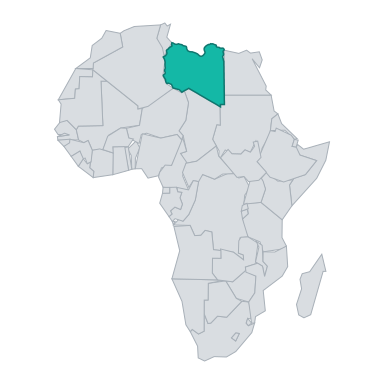 Libya highlighted on a map of Africa
{"feature_id": "LBY", "entity_name": "Libya", "entity_type": "country or territory", "adm_level": 0, "iso_a3": "LBY", "parent_name": "Africa", "parent_adm1": "", "projection": "natural_earth1", "projection_center": [17.634, 26.339], "detail": "fine", "context": "in_parent", "style": "filled", "palette": "teal", "viewbox_px": 384, "rotation_deg": 0, "n_neighbors": 49, "source": "natural_earth", "source_scale": "50m", "svg_char_len": 12693}
<svg xmlns="http://www.w3.org/2000/svg" viewBox="0 0 384 384"><path d="M261.0,202.4L282.2,219.8L282.0,237.6L286.4,246.1L283.1,248.9L263.2,251.8L260.0,241.9L248.0,236.9L243.6,228.4L242.5,219.0L248.2,213.7L246.9,203.3L261.0,202.4Z" fill="#d9dde1" stroke="#a8b0b8" stroke-width="1"/><path d="M92.9,69.8L92.5,76.9L79.7,76.6L79.1,88.7L75.4,89.1L74.7,98.3L58.3,99.8L75.8,68.5L92.9,69.8Z" fill="#d9dde1" stroke="#a8b0b8" stroke-width="1"/><path d="M242.5,219.0L248.0,236.9L240.0,237.8L238.4,253.1L243.3,254.9L243.6,259.9L233.5,252.2L213.5,249.7L211.8,232.0L205.2,230.4L200.9,235.3L194.7,235.6L190.1,225.4L173.4,225.0L179.1,219.0L183.0,221.2L188.8,214.5L195.3,200.0L199.0,178.4L202.7,174.5L214.6,179.2L227.6,173.5L234.6,173.6L238.8,178.0L244.0,176.5L249.9,187.7L244.7,195.2L242.5,219.0Z" fill="#d9dde1" stroke="#a8b0b8" stroke-width="1"/><path d="M291.9,205.8L289.5,185.0L294.0,178.2L305.4,174.6L316.6,160.6L300.0,155.1L295.3,148.6L297.6,144.5L303.6,149.2L329.5,141.8L325.8,160.3L316.7,178.3L291.9,205.8Z" fill="#d9dde1" stroke="#a8b0b8" stroke-width="1"/><path d="M282.2,219.8L261.0,202.4L265.5,189.1L261.3,178.2L266.5,172.3L277.9,181.2L293.0,179.7L289.5,185.0L291.9,205.8L282.2,219.8Z" fill="#d9dde1" stroke="#a8b0b8" stroke-width="1"/><path d="M223.2,159.6L220.1,157.5L218.7,156.2L219.1,150.9L212.6,139.2L216.8,124.7L220.3,125.1L219.9,104.5L224.5,104.5L224.4,95.1L271.1,95.1L274.1,111.0L277.9,113.9L271.8,118.8L269.9,134.6L262.0,148.4L261.0,157.4L255.9,140.8L250.4,152.2L245.0,149.9L240.9,154.1L232.0,153.8L225.2,150.0L220.5,157.8L223.2,159.6Z" fill="#d9dde1" stroke="#a8b0b8" stroke-width="1"/><path d="M219.9,106.5L220.3,125.1L216.8,124.7L212.6,139.2L216.3,146.0L196.7,161.2L185.9,163.3L180.5,153.4L186.6,151.4L183.2,135.7L179.0,130.9L185.8,120.3L188.5,102.7L184.4,91.1L188.4,88.5L219.9,106.5Z" fill="#d9dde1" stroke="#a8b0b8" stroke-width="1"/><path d="M190.3,331.7L192.2,329.4L198.5,334.0L204.1,331.2L204.2,313.8L208.0,323.5L210.8,323.1L217.5,316.2L226.7,317.2L241.8,301.3L248.7,302.0L251.4,312.0L250.8,318.9L247.7,318.4L246.2,323.1L248.4,325.7L254.6,323.1L251.8,332.6L235.8,351.5L226.4,357.0L214.2,356.6L204.6,361.0L198.2,357.9L197.6,346.2L190.3,331.7ZM239.3,333.5L235.8,333.0L231.5,337.9L235.7,341.0L239.3,333.5Z" fill="#d9dde1" stroke="#a8b0b8" stroke-width="1"/><path d="M239.3,333.5L235.7,341.0L231.5,337.9L235.8,333.0L239.3,333.5Z" fill="#d9dde1" stroke="#a8b0b8" stroke-width="1"/><path d="M248.7,302.0L236.3,298.4L225.7,280.9L232.7,281.8L245.7,270.4L255.9,276.1L254.8,292.9L248.7,302.0Z" fill="#d9dde1" stroke="#a8b0b8" stroke-width="1"/><path d="M241.8,301.3L226.7,317.2L217.5,316.2L210.8,323.1L208.0,323.5L204.2,313.8L204.2,300.1L208.1,300.0L208.3,283.3L225.7,280.9L236.3,298.4L241.8,301.3Z" fill="#d9dde1" stroke="#a8b0b8" stroke-width="1"/><path d="M204.2,300.1L204.1,331.2L198.5,334.0L192.2,329.4L190.3,331.7L185.9,324.8L182.0,301.4L171.9,278.8L224.9,280.1L208.3,283.3L208.1,300.0L204.2,300.1Z" fill="#d9dde1" stroke="#a8b0b8" stroke-width="1"/><path d="M58.0,134.5L54.5,129.2L60.9,121.1L67.1,120.4L76.3,129.7L78.6,139.9L57.9,140.2L57.4,136.6L69.4,134.9L58.0,134.5Z" fill="#d9dde1" stroke="#a8b0b8" stroke-width="1"/><path d="M78.6,139.9L76.3,129.7L78.4,126.1L102.9,125.6L101.0,81.2L107.0,81.2L138.0,105.9L137.9,108.9L142.3,108.5L139.5,125.3L120.7,128.0L108.8,135.1L102.9,149.6L92.3,150.3L88.1,140.5L83.9,142.7L78.6,139.9Z" fill="#d9dde1" stroke="#a8b0b8" stroke-width="1"/><path d="M58.3,99.8L74.7,98.3L75.4,89.1L79.1,88.7L79.7,76.6L92.5,76.9L92.9,69.8L107.0,81.2L101.0,81.2L102.9,125.6L78.4,126.1L76.3,129.7L67.1,120.4L59.5,122.6L61.1,104.1L58.3,99.8Z" fill="#d9dde1" stroke="#a8b0b8" stroke-width="1"/><path d="M135.2,168.8L131.8,169.3L131.2,155.4L127.7,149.1L136.1,140.9L139.8,147.9L135.4,158.3L135.2,168.8Z" fill="#d9dde1" stroke="#a8b0b8" stroke-width="1"/><path d="M184.4,91.1L188.5,102.7L185.8,120.3L179.0,130.9L183.2,135.7L181.5,139.7L177.1,134.5L160.8,138.1L146.6,133.2L141.2,134.8L139.1,143.5L128.8,138.0L126.4,128.3L139.5,125.3L142.3,108.5L173.2,88.2L181.6,92.8L184.4,91.1Z" fill="#d9dde1" stroke="#a8b0b8" stroke-width="1"/><path d="M135.2,168.8L142.3,133.8L160.8,138.1L177.1,134.5L183.1,141.6L171.6,165.4L161.5,167.9L158.5,175.7L148.0,178.1L141.7,168.7L135.2,168.8Z" fill="#d9dde1" stroke="#a8b0b8" stroke-width="1"/><path d="M182.8,137.9L186.6,151.4L180.5,153.4L186.5,162.1L182.6,175.9L188.5,189.9L163.1,187.3L158.5,177.0L159.6,172.4L165.1,165.1L171.6,165.4L182.8,137.9Z" fill="#d9dde1" stroke="#a8b0b8" stroke-width="1"/><path d="M128.2,146.6L131.8,169.3L128.6,170.3L124.4,148.0L128.2,146.6Z" fill="#d9dde1" stroke="#a8b0b8" stroke-width="1"/><path d="M124.7,146.5L128.6,170.3L112.8,174.7L112.8,146.8L124.7,146.5Z" fill="#d9dde1" stroke="#a8b0b8" stroke-width="1"/><path d="M92.3,150.3L99.7,148.9L113.2,153.0L112.8,174.7L93.2,177.6L93.8,171.4L89.7,167.8L92.3,150.3Z" fill="#d9dde1" stroke="#a8b0b8" stroke-width="1"/><path d="M69.9,139.2L83.9,142.7L88.1,140.5L92.3,150.3L91.1,162.1L87.3,163.9L85.2,158.1L82.2,159.0L79.9,151.1L71.2,156.4L63.9,146.4L69.9,139.2Z" fill="#d9dde1" stroke="#a8b0b8" stroke-width="1"/><path d="M57.9,140.2L69.9,139.2L69.6,142.8L63.9,146.4L57.9,140.2Z" fill="#d9dde1" stroke="#a8b0b8" stroke-width="1"/><path d="M90.4,162.1L89.7,167.8L93.8,171.4L93.2,177.6L78.3,166.3L83.3,158.7L87.3,163.9L90.4,162.1Z" fill="#d9dde1" stroke="#a8b0b8" stroke-width="1"/><path d="M71.2,156.4L79.9,151.1L83.3,158.7L78.3,166.3L71.2,156.4Z" fill="#d9dde1" stroke="#a8b0b8" stroke-width="1"/><path d="M102.9,149.6L107.7,136.2L120.7,128.0L126.4,128.3L128.8,138.0L133.4,139.0L128.2,146.6L112.8,146.8L113.2,153.0L102.9,149.6Z" fill="#d9dde1" stroke="#a8b0b8" stroke-width="1"/><path d="M234.6,173.6L222.6,174.1L214.6,179.2L202.7,174.5L198.6,181.6L193.3,180.6L188.8,187.4L182.5,172.5L185.9,163.3L196.7,161.2L216.3,146.0L218.7,156.2L234.6,173.6Z" fill="#d9dde1" stroke="#a8b0b8" stroke-width="1"/><path d="M198.6,181.6L195.3,200.0L188.8,214.5L183.0,221.2L175.1,218.7L172.3,221.5L169.0,216.6L172.0,214.0L170.5,210.9L174.9,207.1L180.6,209.5L182.4,204.2L180.0,197.8L181.8,192.4L177.8,191.9L176.9,187.4L188.5,189.9L193.3,180.6L198.6,181.6Z" fill="#d9dde1" stroke="#a8b0b8" stroke-width="1"/><path d="M169.7,187.4L176.4,187.2L177.8,191.9L181.8,192.4L180.0,197.8L182.4,204.2L180.6,209.5L174.9,207.1L170.5,210.9L172.0,214.0L169.0,216.6L159.7,203.2L162.5,193.3L169.7,193.1L169.7,187.4Z" fill="#d9dde1" stroke="#a8b0b8" stroke-width="1"/><path d="M163.1,187.3L169.7,187.4L169.7,193.1L162.5,193.3L163.1,187.3Z" fill="#d9dde1" stroke="#a8b0b8" stroke-width="1"/><path d="M248.0,236.9L258.0,243.2L255.5,262.0L257.6,263.2L245.4,267.1L245.7,270.4L232.7,281.8L217.5,279.9L212.3,273.1L212.5,258.2L220.9,258.3L220.5,249.0L233.5,252.2L243.6,259.9L243.3,254.9L238.4,253.1L238.8,240.8L241.0,237.2L248.0,236.9Z" fill="#d9dde1" stroke="#a8b0b8" stroke-width="1"/><path d="M256.1,241.1L262.2,245.4L263.0,261.4L267.4,266.2L264.6,276.5L262.5,266.2L255.5,262.0L258.9,247.1L256.1,241.1Z" fill="#d9dde1" stroke="#a8b0b8" stroke-width="1"/><path d="M263.2,251.8L274.8,252.0L286.4,246.1L287.7,266.6L282.2,276.1L263.2,290.5L265.3,310.8L255.5,316.6L254.6,323.1L251.6,323.1L248.7,302.0L254.8,292.9L255.9,276.1L246.0,272.2L245.4,267.1L257.6,263.2L262.5,266.2L264.6,276.5L267.4,266.2L263.0,261.4L263.2,251.8Z" fill="#d9dde1" stroke="#a8b0b8" stroke-width="1"/><path d="M251.6,323.1L248.4,325.7L246.2,323.1L247.7,318.4L251.6,323.1Z" fill="#d9dde1" stroke="#a8b0b8" stroke-width="1"/><path d="M172.3,221.5L175.2,221.3L173.4,225.0L172.3,221.5ZM173.9,226.5L190.1,225.4L194.7,235.6L200.9,235.3L205.2,230.4L211.8,232.0L213.5,249.7L220.9,250.5L220.9,258.3L212.5,258.2L212.3,273.1L217.5,279.9L171.9,278.8L179.7,250.7L173.9,226.5Z" fill="#d9dde1" stroke="#a8b0b8" stroke-width="1"/><path d="M247.1,209.2L248.2,213.7L242.5,219.0L241.3,211.2L247.1,209.2Z" fill="#d9dde1" stroke="#a8b0b8" stroke-width="1"/><path d="M321.8,254.2L325.9,271.4L323.1,271.4L310.7,314.7L303.9,317.8L298.7,314.9L296.5,304.5L301.6,288.8L300.0,279.3L302.2,273.7L309.7,271.7L321.8,254.2Z" fill="#d9dde1" stroke="#a8b0b8" stroke-width="1"/><path d="M57.4,136.6L64.5,133.2L69.4,134.9L57.4,136.6Z" fill="#d9dde1" stroke="#a8b0b8" stroke-width="1"/><path d="M163.9,56.1L156.8,38.3L160.6,24.9L164.8,23.0L167.2,26.0L170.5,24.2L166.8,37.2L171.8,42.8L163.9,56.1Z" fill="#d9dde1" stroke="#a8b0b8" stroke-width="1"/><path d="M92.9,69.8L93.4,63.0L122.7,46.9L120.2,33.3L124.0,30.7L134.3,26.5L160.6,24.9L156.8,38.3L162.4,47.7L165.0,60.2L162.9,75.9L166.6,83.9L173.2,88.2L148.0,106.4L137.9,108.9L138.0,105.9L92.9,69.8Z" fill="#d9dde1" stroke="#a8b0b8" stroke-width="1"/><path d="M270.4,130.6L271.8,118.8L277.9,113.9L281.6,123.6L297.2,138.7L294.3,139.4L284.8,130.2L270.4,130.6Z" fill="#d9dde1" stroke="#a8b0b8" stroke-width="1"/><path d="M75.8,68.5L90.3,57.8L92.2,45.5L101.8,38.2L106.1,30.5L120.2,33.3L122.7,46.9L93.4,63.0L93.1,68.5L75.8,68.5Z" fill="#d9dde1" stroke="#a8b0b8" stroke-width="1"/><path d="M271.1,95.1L224.4,95.1L224.3,50.2L238.8,53.4L246.6,50.2L250.5,53.1L259.3,51.8L262.2,59.9L259.5,67.8L252.1,58.7L266.2,86.1L265.7,89.9L271.1,95.1Z" fill="#d9dde1" stroke="#a8b0b8" stroke-width="1"/><path d="M316.6,160.6L305.4,174.6L283.7,182.0L270.0,177.2L257.0,161.7L270.4,130.6L275.1,131.6L276.2,128.1L291.2,135.2L294.3,139.4L292.1,146.4L296.2,147.0L300.0,155.1L316.6,160.6Z" fill="#d9dde1" stroke="#a8b0b8" stroke-width="1"/><path d="M294.3,139.4L298.2,140.1L296.2,147.0L292.1,146.4L294.3,139.4Z" fill="#d9dde1" stroke="#a8b0b8" stroke-width="1"/><path d="M261.0,202.4L243.5,204.2L250.2,180.3L261.3,178.2L263.2,181.4L265.5,189.1L261.0,202.4Z" fill="#d9dde1" stroke="#a8b0b8" stroke-width="1"/><path d="M246.9,203.3L248.3,208.7L241.3,211.2L242.3,205.5L246.9,203.3Z" fill="#d9dde1" stroke="#a8b0b8" stroke-width="1"/><path d="M248.5,181.6L244.0,176.5L237.0,177.4L220.5,157.8L228.1,149.4L232.0,153.8L240.9,154.1L245.0,149.9L250.4,152.2L254.6,146.3L253.2,142.1L257.7,141.1L261.0,157.4L257.0,161.7L266.5,172.3L258.8,180.3L248.5,181.6Z" fill="#d9dde1" stroke="#a8b0b8" stroke-width="1"/><path d="M164.0,56.5L164.5,56.2L165.1,55.9L165.5,55.7L166.1,54.8L166.4,54.4L166.8,53.9L166.9,53.5L166.9,53.1L166.9,52.7L166.6,51.7L166.4,50.7L166.6,50.3L166.8,50.1L167.1,49.6L167.8,49.4L168.1,49.1L168.3,48.7L168.7,48.3L169.0,48.0L169.2,47.8L169.9,47.3L170.5,46.9L171.3,46.5L171.8,46.2L172.0,45.9L172.0,45.7L171.7,45.1L171.7,44.5L171.7,43.9L171.7,43.6L171.9,42.7L172.5,42.9L173.1,43.0L174.8,44.1L175.4,44.2L176.7,44.4L178.1,43.9L178.7,43.8L179.7,44.3L180.1,44.4L180.8,44.4L182.0,44.8L182.3,44.9L183.0,45.6L183.4,45.7L185.9,46.3L186.3,46.7L186.6,47.4L186.6,48.3L186.8,48.9L187.1,49.7L187.5,50.3L187.9,50.8L188.4,51.1L189.5,51.6L190.8,51.8L192.1,51.8L194.2,52.5L196.1,53.2L196.5,53.5L197.5,53.9L199.3,55.6L200.4,56.2L201.1,56.3L201.7,56.2L202.9,55.6L203.3,55.2L204.5,53.8L204.9,53.0L205.0,52.5L205.0,51.9L204.8,51.4L204.5,50.9L204.3,50.2L204.1,49.0L204.3,48.1L204.5,47.6L204.9,47.1L205.8,46.1L206.8,45.4L208.4,44.5L209.4,44.5L209.8,44.4L210.6,43.7L211.0,43.7L211.4,43.9L212.7,43.8L213.3,44.0L214.0,44.4L214.9,44.7L215.6,44.9L216.2,45.2L216.4,46.0L216.3,46.3L216.3,46.6L217.0,47.1L219.0,47.4L219.4,47.5L219.9,48.0L220.3,48.1L221.6,48.2L222.4,48.1L223.1,48.2L223.4,48.4L223.7,48.7L224.1,49.5L224.2,49.8L223.9,50.2L223.7,50.4L223.4,50.8L223.1,51.3L223.1,51.9L223.2,52.5L223.4,53.2L223.6,53.9L223.6,54.3L223.4,54.9L223.3,55.4L222.7,56.4L222.6,56.6L222.6,56.9L223.0,58.1L223.1,58.4L223.3,59.6L223.5,60.5L223.7,61.2L223.8,61.4L223.8,62.4L223.8,63.5L223.8,64.5L223.8,65.6L223.9,66.7L223.9,67.7L223.9,68.8L223.9,69.8L223.9,70.9L223.9,71.9L224.0,73.0L224.0,74.0L224.0,75.1L224.0,76.2L224.0,77.2L224.0,78.3L224.1,79.3L224.1,80.4L224.1,81.4L224.1,82.5L224.1,83.5L224.1,84.6L224.2,85.6L224.2,86.7L224.2,87.8L224.2,88.8L224.2,89.9L224.2,90.9L224.2,92.0L224.3,93.0L224.3,94.1L224.3,95.1L224.3,97.5L224.3,99.8L224.4,102.2L224.4,104.5L223.4,104.5L222.4,104.5L221.4,104.5L220.4,104.5L220.5,105.1L220.5,105.7L220.5,106.3L220.5,106.9L218.6,105.8L216.7,104.6L214.8,103.5L212.8,102.4L210.9,101.3L209.0,100.2L207.1,99.1L205.3,98.0L203.4,96.9L201.5,95.8L199.6,94.7L197.7,93.5L195.8,92.4L193.9,91.3L192.0,90.2L190.1,89.1L188.8,88.3L187.4,89.1L186.3,89.7L184.9,90.4L183.2,91.4L181.9,92.2L180.5,90.9L179.5,89.9L179.0,89.6L177.0,89.1L175.1,88.5L173.1,88.0L172.7,87.2L172.3,86.2L171.8,85.1L171.4,84.4L169.7,83.7L168.1,83.1L167.1,83.5L167.0,83.4L166.7,83.2L166.4,83.0L166.3,82.6L165.9,82.0L165.6,80.8L165.5,79.8L165.5,79.5L164.6,78.1L163.9,76.9L163.4,76.0L163.3,75.6L163.3,75.2L163.6,74.8L164.3,74.3L165.0,73.7L165.1,73.4L165.2,72.3L165.0,72.0L164.8,71.4L164.7,70.6L164.6,70.1L165.0,69.0L165.3,67.9L165.1,66.7L165.0,64.3L165.2,62.4L165.1,61.7L165.0,61.4L164.8,60.5L164.5,59.6L164.4,59.2L164.1,58.5L163.5,57.6L163.2,57.0L163.6,56.7L164.0,56.5Z" fill="#14b8a6" stroke="#0f766e" stroke-width="1.5"/></svg>